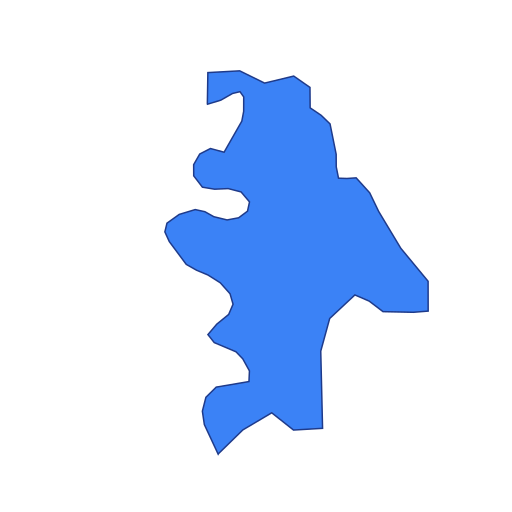 outline of Soroca, rotated 239°
{"feature_id": "MDA-1653", "entity_name": "Soroca", "entity_type": "District", "adm_level": 1, "iso_a3": "MDA", "parent_name": "Moldova", "parent_adm1": "", "projection": "equal_earth", "projection_center": [28.265, 48.155], "detail": "fine", "context": "isolated", "style": "filled", "palette": "blue", "viewbox_px": 512, "rotation_deg": 239, "n_neighbors": 0, "source": "natural_earth", "source_scale": "10m", "svg_char_len": 1093}
<svg xmlns="http://www.w3.org/2000/svg" viewBox="0 0 512 512"><g transform="rotate(239 256 256)"><path d="M105.6,121.5L138.1,124.9L150.6,130.1L160.7,140.3L164.1,154.4L152.0,185.3L160.9,191.2L174.7,191.7L184.2,189.5L203.3,175.6L213.4,174.3L217.8,187.3L220.0,202.5L226.5,211.5L237.0,214.3L251.4,211.6L264.5,205.0L274.3,197.8L284.7,191.9L313.0,189.1L323.6,190.3L330.0,196.6L331.2,211.6L327.1,227.8L320.3,235.0L311.4,240.1L301.8,249.8L297.7,260.8L298.8,271.8L305.7,278.3L318.6,276.2L328.1,266.9L334.6,254.9L342.6,245.5L356.8,243.9L366.4,249.6L372.4,260.3L371.6,272.3L361.4,282.1L378.9,313.3L386.3,319.9L398.7,327.4L405.1,326.9L407.4,319.6L407.7,306.1L411.1,292.6L411.7,292.8L438.0,309.2L423.1,337.4L399.8,352.4L390.8,381.0L372.7,389.1L355.1,378.7L343.1,384.3L331.1,387.5L301.9,377.1L291.1,370.7L280.2,366.8L275.6,373.9L271.4,382.1L251.6,386.0L231.1,384.1L188.0,384.1L145.7,390.5L120.1,375.2L126.7,361.9L142.9,336.2L159.0,329.8L171.7,320.7L164.5,287.0L141.1,262.5L74.0,224.3L87.5,198.5L113.5,188.7L113.7,155.1L105.9,122.1L105.6,121.5Z" fill="#3b82f6" stroke="#1e3a8a" stroke-width="1.5"/></g></svg>